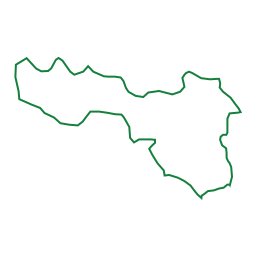 the border of Gostivar
{"feature_id": "MKD-2962", "entity_name": "Gostivar", "entity_type": "Statistical Region", "adm_level": 1, "iso_a3": "MKD", "parent_name": "North Macedonia", "parent_adm1": "", "projection": "albers", "projection_center": [20.862, 41.749], "detail": "fine", "context": "isolated", "style": "outline", "palette": "green", "viewbox_px": 256, "rotation_deg": 0, "n_neighbors": 0, "source": "natural_earth", "source_scale": "10m", "svg_char_len": 1405}
<svg xmlns="http://www.w3.org/2000/svg" viewBox="0 0 256 256"><path d="M19.3,99.2L18.6,91.3L15.4,77.1L15.5,74.1L15.9,64.7L26.6,58.2L36.2,68.6L41.3,71.3L48.1,71.0L51.2,68.4L55.8,59.9L58.5,58.0L62.4,60.5L70.3,71.7L74.3,74.7L83.3,71.6L88.1,66.2L93.3,71.7L102.1,75.5L103.9,76.3L109.2,76.7L115.1,76.7L120.7,77.5L123.4,80.9L126.0,88.0L128.5,91.8L135.7,95.9L143.3,97.0L148.3,92.5L159.0,91.0L172.4,94.4L180.2,91.7L184.4,86.9L183.6,83.1L182.4,77.9L184.4,74.8L186.1,73.0L189.0,71.7L192.2,73.0L201.2,78.2L210.1,79.3L216.6,78.9L219.1,78.9L220.2,83.4L219.7,87.6L223.0,91.7L230.6,97.7L235.0,103.7L238.7,108.5L240.6,112.1L238.3,112.6L229.6,113.4L227.4,118.7L227.4,126.9L227.4,132.6L226.3,134.8L223.0,134.8L220.7,136.7L220.1,139.7L222.1,145.3L226.1,148.3L226.6,153.2L226.6,157.7L227.8,160.7L229.7,163.3L231.2,167.1L232.0,176.8L229.9,184.9L229.8,184.7L227.3,184.7L223.6,187.7L219.1,188.5L213.8,190.4L207.9,191.1L204.0,194.2L201.7,195.7L201.4,198.0L197.5,194.5L194.5,190.8L190.5,185.5L184.3,181.0L177.9,177.7L169.2,175.0L164.6,175.5L163.8,170.5L157.6,163.4L152.3,154.8L149.2,148.8L151.4,146.2L155.0,142.8L155.0,139.8L150.8,139.4L144.1,139.4L139.1,139.4L134.0,142.4L130.1,137.9L129.3,127.0L124.0,117.6L121.5,114.6L115.0,114.2L106.9,112.7L99.1,111.6L90.4,111.6L86.5,116.5L82.6,121.7L77.8,125.4L69.1,124.7L60.4,123.2L54.0,117.5L44.5,113.0L40.2,108.0L31.6,104.6L19.3,99.2Z" fill="none" stroke="#15803d" stroke-width="2"/></svg>